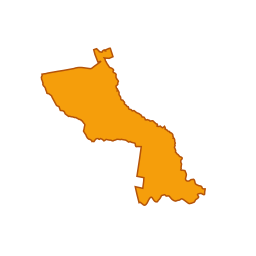 outline of Ruiru, Central, Kenya, rotated 37°
{"feature_id": "3690345B55338568349306", "entity_name": "Ruiru", "entity_type": "district", "adm_level": 2, "iso_a3": "KEN", "parent_name": "Kenya", "parent_adm1": "Central", "projection": "mercator", "projection_center": [37.042, -1.194], "detail": "fine", "context": "isolated", "style": "filled", "palette": "amber", "viewbox_px": 256, "rotation_deg": 37, "n_neighbors": 0, "source": "geoboundaries", "source_scale": "gbopen_adm2", "svg_char_len": 5933}
<svg xmlns="http://www.w3.org/2000/svg" viewBox="0 0 256 256"><g transform="rotate(37 128 128)"><path d="M50.8,110.8L50.1,111.5L48.9,113.2L41.8,120.9L37.9,124.9L30.8,132.5L29.9,133.7L29.4,134.3L28.5,135.1L26.9,136.8L27.4,137.2L27.9,137.9L28.0,138.6L28.3,139.7L28.9,140.1L29.4,140.9L31.3,142.0L31.8,142.4L32.3,142.8L33.1,143.3L33.6,144.3L34.2,144.7L34.9,145.1L36.0,145.3L36.8,145.4L37.4,145.7L38.4,146.1L39.0,146.8L40.1,147.4L41.6,148.4L42.2,149.0L43.0,148.9L43.8,148.4L44.8,148.3L46.8,148.3L47.5,148.3L49.0,149.2L54.5,151.7L56.8,152.8L57.7,153.0L58.5,152.8L60.2,152.5L61.7,153.6L63.4,154.7L64.3,154.2L65.2,153.6L66.0,153.4L66.8,153.3L67.4,153.4L68.3,153.9L69.4,154.5L73.6,154.5L74.0,154.0L74.9,153.5L75.6,153.3L76.2,153.0L77.1,152.4L78.0,152.1L79.2,151.7L80.3,150.9L81.2,150.9L83.0,150.6L83.8,150.6L84.3,150.1L85.0,150.0L85.7,149.8L86.3,150.2L86.9,149.9L87.7,150.0L88.5,150.4L89.6,150.7L90.7,150.9L91.4,151.2L91.9,151.9L92.4,153.1L93.1,154.5L93.7,155.6L94.0,156.6L94.4,157.3L96.1,158.0L97.9,158.6L98.9,159.0L99.5,159.5L100.6,160.0L101.6,160.4L102.5,160.5L103.5,160.5L104.7,160.0L105.6,159.9L106.5,160.0L107.4,160.5L107.9,159.9L108.5,159.7L109.0,159.3L109.0,158.5L108.9,157.4L109.1,155.9L109.5,155.2L110.6,154.4L111.5,154.5L112.1,154.2L112.4,153.0L113.9,152.6L114.9,152.6L115.6,152.6L116.5,152.8L116.9,152.0L117.4,150.3L118.0,150.0L120.2,149.0L121.7,148.0L122.4,147.9L123.2,147.7L123.8,147.3L124.2,146.4L124.9,145.5L125.4,144.8L125.8,143.9L126.6,143.2L127.9,142.4L128.8,142.0L129.4,141.1L130.1,140.8L133.6,139.0L134.2,139.0L135.1,138.9L136.2,138.9L137.1,138.8L137.6,138.0L138.1,137.4L139.0,137.5L142.5,136.0L143.3,136.3L144.5,137.5L145.4,138.0L146.2,137.7L146.7,137.1L147.2,136.7L148.0,136.2L148.8,135.6L149.8,134.9L155.5,145.1L160.0,153.4L164.2,161.2L170.6,158.1L172.7,161.3L173.1,162.0L176.1,167.3L169.1,170.5L175.2,175.7L181.8,181.0L182.4,180.0L183.2,180.0L183.9,180.0L185.5,180.0L186.4,180.1L187.4,179.9L187.9,179.5L188.3,178.7L188.4,177.9L188.4,176.3L188.2,175.3L188.1,174.6L187.9,173.9L187.6,171.3L187.7,170.1L188.1,169.3L188.9,169.1L189.7,169.3L190.5,169.6L191.9,170.1L192.8,170.3L193.6,170.4L194.4,170.3L195.6,169.6L195.9,168.8L195.7,168.0L195.7,167.3L195.9,166.5L195.9,165.8L195.9,164.7L195.8,163.9L195.7,163.2L195.5,162.4L195.5,161.7L197.3,159.3L198.1,159.2L198.9,159.4L199.9,159.1L200.7,158.2L201.5,157.7L202.3,157.7L204.8,158.3L205.9,158.5L207.1,158.5L208.1,158.4L208.9,158.2L209.9,157.8L210.5,157.1L210.8,156.5L211.6,155.5L212.1,155.0L212.6,154.4L212.9,153.3L213.4,152.3L214.5,151.9L216.5,151.8L221.0,151.8L221.9,151.7L222.6,151.4L223.1,150.8L224.0,149.8L224.8,148.5L225.5,147.3L225.5,146.6L225.4,145.9L225.2,144.8L225.3,144.0L225.6,143.5L226.1,141.5L226.0,140.7L225.5,140.2L224.4,139.9L223.6,139.4L223.7,138.4L224.4,137.5L225.2,136.7L225.7,136.3L226.4,136.1L227.7,135.9L228.6,135.7L229.1,135.1L228.7,134.3L228.0,133.3L227.4,132.3L226.9,131.3L226.3,130.2L225.4,130.8L224.6,131.4L223.7,131.5L223.0,131.0L222.3,130.6L221.3,130.5L220.3,130.9L219.2,131.5L218.4,131.6L217.2,131.9L216.1,132.0L215.4,131.9L214.4,131.3L213.9,130.9L213.4,130.4L212.8,130.0L212.2,129.6L211.2,129.5L210.5,130.2L209.4,131.3L209.1,132.1L209.0,132.9L208.3,134.0L207.6,134.5L207.0,134.8L206.0,134.9L204.9,134.4L204.3,133.7L204.0,132.9L203.1,130.8L202.6,130.0L201.6,129.2L200.6,128.7L199.8,128.1L199.0,127.8L198.3,128.2L196.9,128.9L196.2,129.6L195.3,129.7L194.9,128.4L194.4,127.8L193.9,127.4L193.6,126.6L193.1,125.8L192.7,124.9L192.3,124.4L191.6,124.0L190.9,123.7L190.5,123.2L190.1,122.7L189.7,122.1L189.6,121.2L189.8,120.3L189.4,119.4L188.9,119.2L188.1,119.2L187.2,119.5L186.5,119.6L185.6,119.5L184.8,119.3L184.0,119.1L183.2,119.2L182.5,119.1L181.6,118.8L180.5,118.7L179.6,117.3L178.8,116.7L177.9,116.2L176.9,115.7L176.5,115.0L176.2,113.7L175.6,113.2L175.0,112.7L174.9,111.6L174.1,111.1L173.3,110.6L173.0,110.1L172.4,109.4L171.9,109.0L171.1,108.6L170.3,109.0L170.1,108.3L169.3,107.8L168.6,107.5L168.3,106.8L167.4,106.2L166.6,106.0L165.7,105.9L164.7,106.2L163.9,106.4L163.3,105.8L162.4,106.3L161.3,106.4L160.5,106.1L159.8,106.4L158.9,106.3L158.2,106.5L157.9,105.7L157.1,105.1L156.1,104.7L156.0,105.3L155.9,106.1L155.4,107.1L154.5,107.1L153.5,107.2L152.7,107.0L152.2,107.6L151.8,108.2L150.2,109.1L149.8,108.6L149.8,107.9L148.9,107.3L148.3,107.6L147.7,107.8L146.9,107.6L146.0,107.6L144.2,107.3L143.5,107.3L142.9,107.7L142.4,108.2L142.0,108.8L141.4,109.2L140.7,108.9L140.1,109.2L139.3,109.4L138.3,109.7L138.0,110.3L137.5,110.7L136.7,111.0L136.2,110.4L135.3,110.1L134.7,109.8L134.0,109.8L133.5,110.2L132.6,110.7L131.7,110.2L130.8,109.8L129.8,109.9L128.9,109.9L128.0,109.9L127.3,110.1L126.6,110.4L125.7,110.5L125.1,110.6L124.4,110.5L123.4,110.5L122.3,110.5L121.7,111.1L121.2,111.7L120.6,111.8L120.0,111.5L119.2,111.5L117.6,112.3L116.7,112.0L116.1,111.3L115.3,110.9L114.4,111.3L113.6,111.2L112.7,110.9L111.5,110.9L110.6,110.9L110.2,110.4L109.8,109.6L109.1,109.4L108.1,109.3L107.4,108.9L106.7,109.0L106.1,109.5L105.4,109.5L104.8,109.2L104.4,108.7L103.9,108.2L103.4,107.7L102.7,107.4L101.6,107.1L100.6,106.6L99.6,105.1L98.8,104.6L97.9,104.2L97.2,103.9L97.0,104.7L96.4,104.0L95.9,103.2L94.9,103.2L94.2,102.6L93.5,102.2L93.1,101.2L93.5,100.3L93.6,99.3L93.1,98.9L92.9,98.3L92.5,97.8L92.3,96.6L91.5,96.1L89.6,95.7L89.1,95.2L88.3,95.1L87.8,94.7L87.4,94.0L86.9,93.5L86.5,92.6L85.8,92.2L85.1,92.0L84.4,92.2L82.6,92.3L81.9,91.7L81.7,90.5L80.9,90.0L80.2,90.1L79.4,90.0L78.4,90.2L77.4,90.6L76.5,90.6L75.6,90.3L74.0,89.7L73.3,89.5L72.4,89.2L71.4,88.7L70.7,88.3L70.0,88.2L69.3,87.7L68.0,86.7L66.9,86.3L68.2,85.6L70.1,84.3L71.0,83.8L73.1,80.1L71.6,79.0L68.4,76.8L67.3,76.0L65.9,75.0L65.1,75.6L64.0,77.5L63.6,78.2L63.0,79.3L63.7,79.9L62.9,80.3L62.0,80.0L61.5,81.1L61.3,82.1L61.6,82.9L61.1,83.5L60.0,83.9L59.2,84.3L58.3,83.9L57.1,83.8L56.0,83.8L55.3,83.5L54.8,84.1L53.5,86.1L57.3,89.1L64.2,93.4L66.3,90.9L66.0,92.3L64.0,98.8L63.1,102.2L62.6,102.9L62.0,103.4L57.5,105.9L55.2,107.2L54.1,107.9L51.8,109.7L50.8,110.8Z" fill="#f59e0b" stroke="#b45309" stroke-width="1.5"/></g></svg>